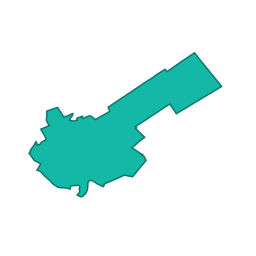 Umbraresti, Galati, Romania, rotated 342°
{"feature_id": "2599482B20952692718710", "entity_name": "Umbraresti", "entity_type": "district", "adm_level": 2, "iso_a3": "ROU", "parent_name": "Romania", "parent_adm1": "Galati", "projection": "natural_earth1", "projection_center": [27.455, 45.712], "detail": "fine", "context": "isolated", "style": "filled", "palette": "teal", "viewbox_px": 256, "rotation_deg": 342, "n_neighbors": 0, "source": "geoboundaries", "source_scale": "gbopen_adm2", "svg_char_len": 2659}
<svg xmlns="http://www.w3.org/2000/svg" viewBox="0 0 256 256"><g transform="rotate(342 128 128)"><path d="M86.1,176.1L86.9,175.8L87.5,175.3L87.7,174.9L87.8,174.7L87.8,174.3L87.7,174.1L88.6,173.9L89.4,173.7L92.3,173.5L95.3,173.3L103.9,172.4L109.3,171.8L109.9,171.7L110.3,171.9L111.7,172.7L117.3,175.8L125.6,170.5L135.1,164.5L134.6,160.3L133.4,159.1L133.6,158.5L133.3,158.7L132.6,157.7L133.2,157.5L133.2,157.4L132.7,156.9L125.6,148.0L125.8,147.9L129.8,146.3L134.2,144.4L135.6,143.8L138.3,143.0L138.5,142.8L140.8,142.1L141.0,142.0L135.0,130.8L136.2,130.4L135.4,128.9L137.1,128.5L151.0,124.8L151.1,124.7L172.3,118.8L175.2,118.1L178.4,129.3L178.5,129.3L208.8,122.3L215.2,120.8L215.6,120.8L229.9,117.4L224.8,104.0L224.7,103.8L218.6,88.1L214.4,77.0L199.9,81.2L182.3,86.5L181.3,83.6L174.5,85.4L170.3,86.5L168.9,87.1L164.1,88.5L161.6,89.0L159.1,89.7L157.8,89.9L154.4,91.1L149.7,92.4L144.8,93.8L144.2,94.0L129.4,98.1L125.7,99.2L124.8,99.4L124.7,99.4L120.2,100.8L119.9,100.9L117.4,101.6L117.1,101.6L115.6,102.0L115.7,106.6L99.5,109.9L97.0,105.9L95.1,104.4L88.2,104.9L87.5,104.6L87.9,103.2L88.8,102.7L84.7,102.8L84.3,102.8L83.4,102.8L83.2,102.9L82.5,102.8L82.1,105.1L80.7,104.5L80.0,104.9L78.8,104.6L78.7,104.6L77.9,104.3L77.5,104.1L75.0,102.7L75.4,102.3L75.5,102.0L75.5,101.9L75.4,101.8L75.3,101.7L75.6,101.4L76.1,100.9L76.9,100.4L78.1,99.7L78.5,99.4L78.8,99.1L79.1,98.7L79.3,98.5L79.7,98.0L80.0,97.6L80.0,97.4L80.0,97.2L79.9,97.1L78.6,97.2L78.2,97.3L77.1,97.4L72.5,97.8L70.4,97.9L67.4,86.7L57.2,86.8L56.0,87.2L55.9,87.1L53.8,93.2L53.0,94.5L52.8,95.4L52.9,97.5L53.9,101.4L44.7,102.2L46.4,110.4L46.5,110.5L46.6,113.2L46.4,113.6L46.0,114.0L45.8,113.9L43.1,114.3L41.7,114.7L40.5,115.2L38.9,116.5L38.1,116.1L37.5,115.9L37.1,115.9L36.8,115.8L36.2,115.9L36.6,113.4L36.1,112.6L33.5,115.2L33.3,115.3L28.2,119.0L28.5,119.4L26.8,121.0L26.1,121.4L26.2,121.5L27.8,126.5L28.7,129.8L33.9,135.2L28.4,140.0L29.1,140.5L29.5,140.8L30.1,141.2L31.0,141.7L31.7,143.2L32.1,144.0L32.8,145.6L33.6,147.4L36.3,152.0L37.8,154.5L38.4,156.1L39.4,158.2L41.1,160.3L42.8,162.5L45.5,164.0L48.4,165.0L52.2,166.8L54.0,168.3L54.4,167.6L54.9,166.8L55.2,166.3L55.5,165.8L55.6,165.3L63.8,167.4L64.0,168.0L64.1,169.0L63.9,169.5L63.6,169.8L63.3,170.1L63.0,170.4L62.9,170.7L62.8,170.9L62.7,171.3L62.7,171.5L62.8,172.0L62.7,172.3L62.6,172.7L62.4,173.3L62.2,173.7L61.7,174.1L61.5,174.3L61.3,174.6L61.1,174.8L60.8,175.0L59.0,176.0L60.4,177.7L62.3,179.0L63.9,179.0L66.3,177.9L67.2,177.3L68.0,176.8L69.5,175.2L71.2,172.5L72.7,168.3L73.7,166.9L74.8,166.1L75.7,166.2L76.6,166.3L78.1,167.4L79.5,169.0L81.9,172.1L83.2,173.1L84.4,174.6L85.3,175.2L86.1,176.1Z" fill="#14b8a6" stroke="#0f766e" stroke-width="1.5"/></g></svg>